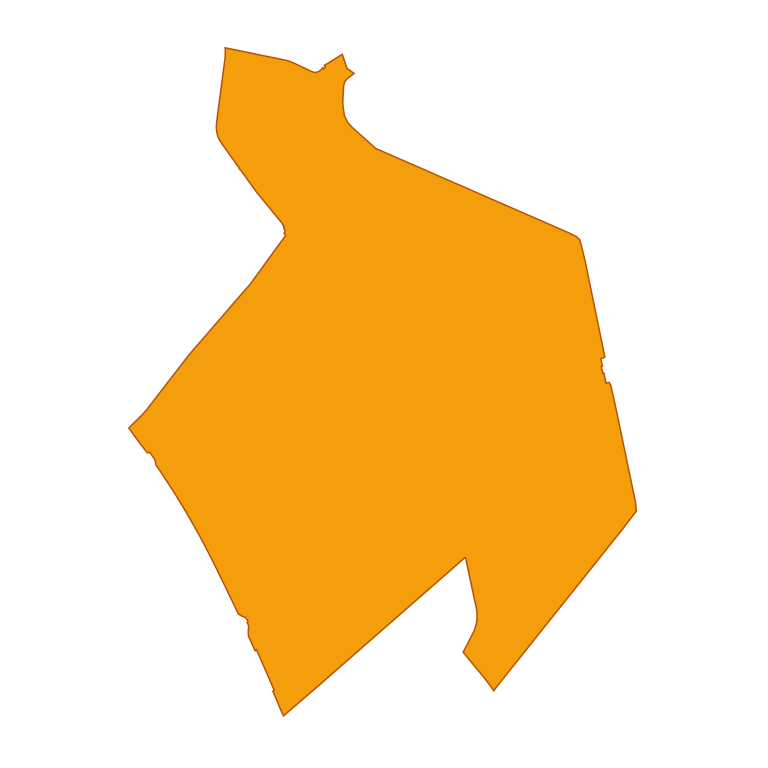 outline of Zeewolde, Flevoland, Netherlands, rotated 271°
{"feature_id": "6326949B99557124288359", "entity_name": "Zeewolde", "entity_type": "district", "adm_level": 2, "iso_a3": "NLD", "parent_name": "Netherlands", "parent_adm1": "Flevoland", "projection": "robinson", "projection_center": [5.473, 52.346], "detail": "fine", "context": "isolated", "style": "filled", "palette": "amber", "viewbox_px": 768, "rotation_deg": 271, "n_neighbors": 0, "source": "geoboundaries", "source_scale": "gbopen_adm2", "svg_char_len": 5620}
<svg xmlns="http://www.w3.org/2000/svg" viewBox="0 0 768 768"><g transform="rotate(271 384 384)"><path d="M79.2,499.1L83.9,502.5L121.2,531.2L129.7,537.7L133.4,540.5L183.4,579.1L184.2,579.7L209.6,599.3L212.1,601.2L214.2,602.8L223.3,609.8L241.0,623.5L250.7,630.7L261.1,638.4L269.0,637.8L310.4,628.4L362.5,616.6L371.8,614.4L386.6,610.8L389.5,609.1L388.8,606.0L398.8,603.7L398.4,602.5L401.5,602.0L403.3,601.4L405.1,600.9L405.6,602.1L413.0,600.4L414.6,604.4L471.8,591.6L502.1,584.8L508.6,583.4L524.8,579.2L531.6,577.2L534.8,573.7L537.7,567.7L541.5,558.6L556.3,523.1L571.8,485.7L577.7,471.7L588.7,445.2L599.2,420.1L606.7,401.9L616.6,378.3L619.3,371.7L640.2,347.5L644.4,343.5L651.6,339.7L658.6,338.6L660.5,338.3L662.8,338.0L663.7,338.0L664.5,337.9L665.6,337.9L666.4,337.9L667.0,337.9L680.2,338.4L681.2,338.5L682.1,338.6L683.0,338.8L684.1,339.1L685.2,339.6L686.1,340.0L686.7,340.4L687.2,340.8L687.7,341.2L688.3,341.6L688.7,342.1L689.0,342.5L690.8,344.7L692.4,346.7L694.0,348.7L699.0,341.4L700.1,341.1L712.9,336.5L708.0,328.9L703.6,322.1L703.1,321.3L702.8,320.8L702.8,320.7L702.5,320.3L702.1,319.5L701.9,319.6L701.7,319.2L701.4,318.8L700.0,319.9L698.0,318.3L699.2,317.3L698.5,316.7L697.8,316.2L697.2,315.6L696.6,315.0L696.2,314.5L695.7,313.9L695.3,313.2L695.0,312.5L694.7,311.9L694.5,311.0L694.4,310.2L694.4,309.3L694.5,308.7L694.6,307.8L694.9,307.0L695.2,306.1L697.4,301.3L700.8,293.8L702.6,289.7L703.3,288.2L703.9,286.7L704.4,285.5L704.6,284.8L705.1,283.5L705.5,282.1L705.9,280.6L706.2,279.1L706.5,277.7L706.6,276.6L707.2,273.8L707.7,271.2L709.9,259.1L710.0,258.4L710.9,253.8L711.7,249.5L712.3,246.7L713.6,239.3L716.6,223.7L716.8,222.6L716.8,222.4L716.9,222.0L717.5,218.6L717.5,218.8L717.4,218.9L717.4,219.0L717.2,219.1L717.1,219.3L716.9,219.4L716.7,219.5L716.4,219.5L716.2,219.6L714.6,219.5L711.8,219.5L709.8,219.5L708.9,219.5L708.0,219.4L707.1,219.4L706.3,219.3L702.7,218.9L684.6,216.8L672.9,215.5L671.7,215.4L671.0,215.3L670.4,215.2L670.0,215.2L669.4,215.1L667.2,214.8L655.6,213.5L647.4,212.6L647.2,212.6L645.5,212.4L645.3,212.4L644.5,212.3L642.3,212.1L641.4,212.0L640.5,211.9L639.6,211.9L638.7,211.9L637.8,211.9L636.9,211.9L635.9,212.0L635.0,212.1L634.1,212.2L633.3,212.4L632.4,212.5L631.5,212.7L630.9,212.9L630.2,213.1L629.4,213.3L628.7,213.6L627.9,213.9L627.2,214.2L626.4,214.6L625.7,214.9L624.9,215.3L624.2,215.7L622.7,216.9L620.7,218.2L618.1,220.2L616.7,221.2L615.8,221.9L613.2,223.8L608.9,226.9L602.1,232.0L597.9,235.1L597.7,235.2L596.1,235.9L595.9,236.1L595.8,236.3L595.9,236.5L595.7,236.7L595.2,237.1L588.4,242.2L582.5,246.5L581.6,247.2L577.7,250.1L576.7,250.9L575.8,251.5L574.8,252.3L573.8,253.1L572.9,253.8L572.1,254.5L562.0,263.1L560.1,264.7L558.5,266.1L557.2,267.2L555.5,268.5L542.7,279.5L542.2,279.5L541.9,279.6L540.3,281.0L540.1,281.1L539.9,281.5L539.1,281.0L538.8,281.0L538.4,281.1L535.6,282.2L535.2,282.3L534.7,282.3L534.3,282.3L534.1,282.2L533.9,282.1L533.0,281.4L531.0,283.2L514.8,271.7L514.6,271.6L505.3,265.1L495.0,258.0L490.2,254.6L488.3,253.3L488.3,253.2L483.3,249.7L482.2,249.0L481.2,248.2L480.1,247.4L479.2,246.6L478.3,245.9L477.7,245.3L477.1,244.7L466.0,235.4L458.7,229.3L451.3,223.2L445.3,218.2L445.0,218.0L444.8,217.8L441.6,215.2L441.4,215.0L441.2,214.7L434.9,209.5L427.6,203.4L420.3,197.3L413.3,191.4L410.7,189.2L408.7,187.8L404.1,184.3L392.9,176.0L381.7,167.6L370.4,159.3L359.3,151.0L355.4,148.1L354.5,147.5L353.7,146.8L352.9,146.1L352.2,145.5L351.2,144.6L349.2,142.9L342.1,136.0L335.7,129.8L335.7,129.7L335.3,129.7L333.2,131.4L331.3,132.8L328.1,135.1L326.4,136.4L317.2,143.6L311.0,148.5L311.6,151.0L304.5,156.2L298.8,157.5L293.1,161.6L289.4,164.2L288.5,164.8L284.8,167.2L282.8,168.7L280.1,170.5L277.8,172.0L274.3,174.4L271.0,176.6L267.3,179.0L265.3,180.2L263.4,181.5L260.6,183.2L259.0,184.3L258.1,184.8L256.9,185.6L254.7,186.9L252.4,188.4L250.1,189.7L247.6,191.3L244.8,193.0L241.8,194.7L241.2,195.1L238.9,196.5L236.4,197.9L233.9,199.4L231.5,200.8L229.1,202.2L226.6,203.5L224.1,204.9L221.7,206.3L219.2,207.7L216.7,209.0L214.1,210.4L211.7,211.7L209.1,213.1L206.7,214.4L204.1,215.7L201.6,217.0L196.5,219.7L193.9,221.0L191.4,222.3L188.8,223.6L186.3,224.9L183.7,226.2L181.2,227.5L178.6,228.8L176.1,230.1L173.6,231.3L172.0,232.1L170.6,232.8L167.6,234.3L164.3,236.0L161.3,237.5L158.3,239.0L155.6,240.3L153.2,241.5L152.6,241.7L151.6,242.6L151.1,243.1L150.9,243.5L150.6,243.8L150.4,244.2L149.3,246.3L148.1,249.0L147.8,249.8L147.3,250.3L146.8,250.6L144.1,252.2L143.1,251.3L140.9,252.5L139.9,252.8L138.9,252.9L138.0,252.8L135.6,252.6L133.1,252.6L131.1,252.7L129.5,253.0L128.0,253.6L125.7,254.7L122.8,256.1L119.6,257.6L115.0,259.8L116.2,261.0L115.5,261.4L90.5,272.9L80.2,277.6L76.9,279.1L75.9,279.6L75.7,279.3L75.0,278.3L74.9,278.2L74.5,278.4L72.8,279.2L72.7,279.2L69.7,280.6L66.5,282.0L64.0,283.1L59.4,285.1L57.8,285.8L55.8,286.7L54.3,287.4L52.7,288.2L51.1,289.1L50.5,289.5L57.1,296.8L60.8,300.9L61.8,302.1L64.4,305.0L64.9,305.5L72.2,313.7L82.4,325.2L90.2,333.7L99.1,343.5L108.1,353.5L117.0,363.3L121.4,368.1L125.3,372.5L126.0,373.2L130.0,377.7L134.9,383.0L152.4,402.4L160.3,411.1L169.9,421.7L178.7,431.4L187.6,441.3L205.8,461.3L206.2,461.7L210.6,466.7L211.3,467.2L211.4,467.3L211.5,467.4L212.0,468.5L175.3,477.0L162.2,480.1L160.9,480.4L159.7,480.6L158.4,480.8L157.2,480.9L155.6,481.0L154.5,481.1L152.4,481.1L150.8,481.0L149.3,480.9L148.5,481.3L148.3,481.2L147.6,480.7L146.3,480.5L146.0,480.5L145.3,480.4L145.1,480.3L143.3,479.8L140.9,479.2L139.3,478.6L137.5,477.8L135.7,476.9L133.8,476.0L125.0,471.7L124.8,471.6L123.1,470.7L121.3,469.8L117.2,467.8L116.8,468.2L116.3,468.6L115.6,469.2L104.8,478.3L95.6,486.3L89.6,491.3L84.6,495.1L79.2,499.1Z" fill="#f59e0b" stroke="#b45309" stroke-width="1.5"/></g></svg>